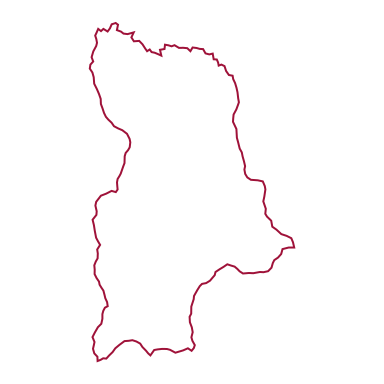 Nhandeara, São Paulo, Brazil (Albers equal-area conic projection)
{"feature_id": "56859067B33597746577156", "entity_name": "Nhandeara", "entity_type": "district", "adm_level": 2, "iso_a3": "BRA", "parent_name": "Brazil", "parent_adm1": "São Paulo", "projection": "albers", "projection_center": [-50.052, -20.672], "detail": "fine", "context": "isolated", "style": "outline", "palette": "rose", "viewbox_px": 384, "rotation_deg": 0, "n_neighbors": 0, "source": "geoboundaries", "source_scale": "gbopen_adm2", "svg_char_len": 2904}
<svg xmlns="http://www.w3.org/2000/svg" viewBox="0 0 384 384"><path d="M103.4,290.6L104.6,295.2L105.3,298.2L107.1,302.1L107.7,306.2L104.9,307.7L103.3,310.8L102.4,314.1L102.4,318.8L101.3,323.8L97.9,327.2L94.9,332.4L92.5,337.1L94.5,342.0L93.8,345.3L93.0,348.8L94.3,353.4L97.4,356.7L97.6,361.0L100.7,359.8L103.2,358.3L106.3,358.6L109.1,355.5L112.6,352.1L115.3,348.3L119.5,344.8L124.5,341.1L128.7,340.8L132.4,340.2L136.4,341.5L140.2,343.6L142.4,347.0L146.0,350.7L148.2,353.4L150.4,355.4L154.2,350.0L157.6,349.4L162.2,348.9L167.0,349.0L170.0,349.8L175.4,352.7L183.1,350.4L187.9,348.3L191.6,350.8L193.8,348.1L194.8,345.1L192.4,340.8L191.4,337.3L192.7,332.2L191.8,327.3L189.9,322.3L189.6,316.8L191.2,313.7L191.3,306.6L193.7,299.2L194.0,296.0L195.5,293.3L197.3,290.1L199.8,286.1L202.0,283.9L206.1,283.1L210.0,280.7L212.7,277.5L214.7,275.2L215.5,272.0L219.7,269.2L223.5,266.9L227.3,264.3L231.2,265.6L234.6,266.6L237.3,268.9L239.6,271.3L243.0,273.5L248.9,273.0L253.3,273.2L259.9,272.0L263.5,272.2L268.1,271.2L271.5,267.7L272.8,263.1L274.3,260.1L278.0,257.6L281.2,254.0L282.5,249.1L288.8,247.5L294.2,247.5L293.0,242.3L291.3,238.2L286.7,235.9L281.3,234.1L276.4,229.6L272.3,226.7L271.2,220.7L267.0,216.6L265.3,213.8L265.8,208.8L263.3,201.4L264.3,196.7L265.4,189.4L264.8,186.1L262.8,181.4L257.8,180.3L250.9,179.8L247.3,177.4L245.2,173.9L244.4,169.5L245.1,166.2L244.0,161.4L242.6,156.4L241.8,152.4L239.7,148.6L238.0,141.8L236.9,137.8L236.4,129.0L233.0,121.8L233.2,118.5L233.6,114.5L236.3,109.5L237.9,105.2L238.9,102.3L238.2,98.4L237.5,92.3L236.5,87.8L235.1,83.1L233.2,79.1L232.6,75.7L228.9,75.0L226.1,71.0L224.5,66.1L221.4,64.6L218.7,65.6L218.1,62.5L216.8,59.5L213.7,59.3L212.7,53.6L209.3,54.4L205.5,53.4L203.1,49.1L199.7,48.9L196.6,48.0L192.6,47.5L190.4,51.2L187.3,48.2L183.2,47.8L179.0,47.9L174.5,45.2L171.6,46.3L168.4,45.3L165.0,44.7L164.5,49.0L160.0,49.8L161.3,55.6L157.5,53.9L154.6,52.7L151.6,52.1L149.7,49.5L147.1,51.2L145.2,48.5L142.5,44.3L139.2,40.9L133.9,41.3L131.4,37.4L133.7,32.4L127.6,34.1L123.5,33.6L121.0,31.6L116.9,30.1L118.0,24.7L115.6,23.0L111.7,24.3L109.9,28.4L107.6,31.5L103.4,28.9L101.0,31.1L98.2,28.9L96.5,32.8L95.2,35.6L96.3,39.0L97.0,42.8L96.2,46.0L93.3,51.4L91.6,57.2L93.2,61.5L90.4,64.6L89.8,68.6L92.4,72.5L93.7,77.2L94.2,83.7L96.9,89.1L99.0,94.0L100.7,98.9L100.9,104.0L102.6,108.6L104.0,112.9L105.9,116.8L108.4,119.7L111.6,122.7L114.0,126.2L118.1,128.4L122.3,130.2L127.0,133.8L129.6,138.9L130.3,142.3L129.7,147.3L128.1,150.1L125.7,152.9L124.7,156.2L124.5,163.1L123.2,166.5L120.7,173.7L119.3,176.3L117.6,179.0L117.0,182.4L117.3,186.3L117.6,189.5L115.8,192.1L111.6,190.9L106.1,193.7L100.9,195.7L96.2,201.8L95.4,205.6L96.7,211.3L96.4,214.9L92.6,219.7L93.9,225.1L94.8,230.9L96.1,237.7L98.0,241.3L100.1,244.9L97.2,249.5L97.8,253.4L97.6,258.4L95.8,261.5L94.3,265.3L94.7,269.6L94.6,274.1L96.6,278.1L99.0,281.6L99.6,284.7L101.5,287.8L103.4,290.6Z" fill="none" stroke="#9f1239" stroke-width="2"/></svg>